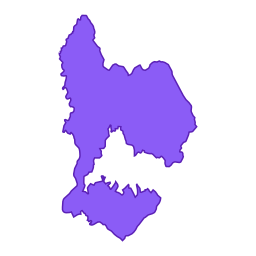 Nghia Dan, Nghệ An, Vietnam (Equal Earth projection)
{"feature_id": "81297802B96353597468260", "entity_name": "Nghia Dan", "entity_type": "district", "adm_level": 2, "iso_a3": "VNM", "parent_name": "Vietnam", "parent_adm1": "Nghệ An", "projection": "equal_earth", "projection_center": [105.406, 19.354], "detail": "fine", "context": "isolated", "style": "filled", "palette": "violet", "viewbox_px": 256, "rotation_deg": 0, "n_neighbors": 0, "source": "geoboundaries", "source_scale": "gbopen_adm2", "svg_char_len": 5750}
<svg xmlns="http://www.w3.org/2000/svg" viewBox="0 0 256 256"><path d="M159.3,61.0L157.0,62.0L154.3,61.7L152.4,62.6L150.1,64.7L149.7,66.4L148.6,68.3L145.2,70.3L143.1,69.8L141.9,68.6L140.1,65.1L139.4,65.2L134.8,67.9L133.6,69.6L131.8,73.5L130.3,74.7L128.3,75.4L128.0,73.4L126.0,70.7L124.0,67.5L123.2,66.7L118.7,65.9L116.0,64.0L114.8,64.1L112.8,65.1L109.3,70.2L108.7,70.2L107.6,69.7L103.6,66.9L103.0,65.9L103.0,63.3L104.0,59.7L101.3,54.7L100.1,51.7L99.7,50.3L100.0,49.1L99.9,48.4L99.6,47.9L97.5,46.4L93.0,40.4L92.9,40.0L94.7,37.8L94.2,36.6L93.9,34.9L94.7,33.2L94.8,31.8L94.3,29.7L93.7,28.3L93.5,26.9L93.0,25.7L92.1,24.3L90.9,22.9L89.6,20.3L88.1,18.8L86.6,15.9L86.1,15.5L82.1,15.4L80.8,17.2L80.5,19.8L80.0,20.0L79.2,19.7L78.4,18.9L77.6,19.3L76.7,24.3L74.5,26.0L73.8,27.0L73.5,31.1L73.3,31.4L72.7,31.6L72.7,32.9L71.4,33.4L71.0,34.4L69.2,35.0L68.6,36.5L68.1,38.2L66.3,39.3L66.1,39.9L66.2,40.4L66.6,41.0L66.6,42.1L65.7,45.3L65.2,45.8L63.3,46.0L62.3,48.0L61.3,48.1L61.5,50.6L61.2,51.0L60.3,51.4L60.6,52.4L60.3,53.2L59.7,53.6L59.3,53.5L59.5,54.9L60.4,56.7L59.9,58.5L59.6,58.9L62.7,62.3L62.7,63.1L61.9,64.3L61.7,65.0L62.0,67.5L62.8,69.2L63.9,70.0L64.1,70.4L64.0,71.0L63.6,71.6L61.0,73.9L61.0,74.7L61.5,75.6L63.8,76.0L65.8,75.7L66.3,75.9L66.4,76.4L66.2,78.6L65.1,82.5L64.8,85.3L64.4,86.0L63.1,87.3L62.7,87.9L62.6,88.6L63.1,89.4L63.5,89.3L64.1,88.2L65.0,87.6L65.6,87.6L66.6,88.8L67.6,91.3L67.8,92.8L66.1,95.8L65.8,96.6L65.9,97.3L66.3,98.2L66.9,98.8L67.8,99.0L69.9,98.1L70.4,98.2L70.8,99.1L70.7,100.6L69.3,103.6L69.4,105.1L70.5,106.7L71.7,106.6L73.2,107.1L74.1,108.0L74.2,108.7L73.9,111.1L72.6,112.6L71.5,112.7L70.6,113.1L70.3,114.0L70.3,116.4L68.7,120.2L67.9,120.6L65.4,119.6L64.7,119.9L64.8,120.8L65.8,122.7L64.0,125.7L62.8,131.8L63.8,132.3L64.3,132.2L65.1,130.6L65.7,130.4L67.7,133.1L70.1,134.1L70.4,133.8L70.8,132.6L71.1,132.5L72.6,134.0L73.7,136.1L74.1,138.0L74.7,139.4L74.9,142.8L75.1,143.7L75.7,144.7L78.7,147.8L79.2,148.7L79.7,150.9L79.9,153.3L80.0,156.0L79.7,157.5L79.2,158.8L77.4,161.0L77.1,162.1L77.2,163.4L74.7,168.5L73.7,174.0L73.9,175.8L75.6,178.5L77.2,183.4L77.3,184.0L77.0,185.8L71.4,190.9L69.5,193.6L64.2,198.4L63.5,199.4L62.9,201.4L62.5,207.1L62.5,209.7L63.1,211.2L63.9,212.0L64.9,212.5L66.2,212.7L69.4,212.5L71.4,212.0L73.7,217.0L77.6,214.6L79.9,214.0L80.8,214.2L80.6,211.6L81.6,210.7L82.2,210.6L84.0,213.1L85.1,213.5L85.9,215.4L87.7,216.1L88.0,218.3L87.4,220.2L88.1,220.2L88.6,221.5L89.6,221.3L90.3,220.7L90.9,220.6L91.4,220.9L91.6,221.4L91.3,222.1L90.9,222.4L90.9,223.2L90.1,223.2L89.8,223.5L89.7,224.2L90.0,224.6L91.5,225.0L92.5,224.9L93.8,224.4L97.7,222.1L99.8,221.9L102.0,223.4L103.1,224.6L104.9,224.5L106.0,225.7L107.4,228.5L108.1,229.2L111.5,231.1L114.4,234.3L117.2,236.5L120.3,238.3L122.5,240.6L124.7,238.4L125.2,236.7L125.7,236.0L126.4,235.7L128.1,235.7L131.9,233.8L133.7,232.2L135.7,229.6L137.3,226.4L139.2,224.3L144.1,217.9L145.3,217.3L148.3,214.9L152.2,213.7L154.1,212.7L154.9,211.9L156.3,209.0L156.5,206.8L156.9,205.9L159.1,203.1L159.7,201.9L160.3,200.3L160.7,197.9L157.6,195.2L157.1,194.2L155.4,191.8L153.1,189.9L151.0,192.7L149.1,190.8L148.6,189.6L147.6,188.7L146.7,189.6L145.1,189.8L145.2,190.7L141.3,192.3L140.4,192.2L139.9,188.4L137.9,185.9L136.9,184.3L136.6,184.5L136.6,185.2L137.5,189.7L137.6,192.9L137.4,194.8L135.2,197.2L133.4,193.3L130.8,188.3L130.1,188.1L129.2,188.2L128.8,187.9L128.8,185.0L128.4,184.6L124.6,188.5L122.6,189.9L123.8,192.1L123.8,192.8L123.1,194.2L122.5,194.8L121.9,194.9L121.5,194.8L119.7,193.3L117.9,192.4L116.8,192.2L115.3,191.2L117.5,187.5L118.0,186.2L117.6,184.4L115.7,181.7L115.4,182.9L112.2,187.6L110.8,189.3L110.4,189.2L110.0,188.9L109.6,187.4L107.8,185.7L110.3,183.2L110.0,182.2L107.3,182.9L105.6,183.8L104.2,182.0L103.8,181.8L103.9,180.6L104.2,179.6L105.2,177.3L104.9,177.2L103.6,178.3L103.3,177.9L103.5,176.4L103.0,176.0L102.0,175.9L101.5,176.1L101.4,176.5L102.6,179.7L102.6,180.7L102.2,181.2L95.5,182.7L94.6,183.9L94.2,185.0L93.6,185.1L90.6,183.7L88.4,186.4L87.5,188.0L88.4,193.6L88.0,193.8L87.5,193.6L85.4,191.8L82.7,191.3L84.5,187.0L84.9,185.4L84.7,184.8L84.1,184.2L83.8,182.4L83.9,177.2L84.1,176.3L87.6,174.5L88.8,172.7L88.9,172.2L91.8,171.9L92.9,169.0L93.3,167.7L93.5,164.8L94.1,164.3L93.6,161.6L93.6,160.1L94.6,157.9L99.5,157.9L100.7,156.9L101.8,155.6L101.1,153.2L101.3,151.1L100.9,150.8L99.8,148.6L103.7,148.4L105.2,146.4L105.3,140.3L106.5,138.6L109.2,135.9L108.7,134.0L108.5,130.8L107.9,129.1L109.1,127.4L110.1,125.2L110.3,125.1L110.9,125.4L111.0,125.8L110.9,126.8L111.0,128.1L111.4,129.3L111.0,131.6L111.4,132.0L112.1,131.7L113.1,130.7L114.9,131.1L115.5,130.2L115.3,128.7L117.8,128.7L118.2,126.5L120.9,126.7L120.6,128.5L120.7,129.5L121.2,130.3L122.1,130.5L122.9,131.2L123.1,133.4L124.2,135.2L125.3,139.3L126.0,141.0L126.4,143.5L128.0,144.4L131.7,145.0L132.7,145.6L133.6,146.7L134.4,150.1L134.4,155.9L134.9,155.7L135.7,155.1L137.4,152.7L138.0,152.3L138.8,152.1L140.3,153.0L140.9,152.8L141.7,151.9L142.5,150.2L144.3,150.8L144.5,152.2L147.6,153.3L150.1,153.7L151.3,153.5L152.9,154.3L155.9,157.4L156.5,157.8L157.0,157.4L159.5,157.8L161.1,156.3L161.7,156.4L163.3,157.9L165.1,160.4L165.2,160.6L165.0,162.8L165.1,163.9L165.9,166.2L166.3,166.5L169.3,166.6L171.3,164.9L172.6,162.9L174.3,162.0L175.2,161.9L179.2,162.5L180.1,162.3L180.8,161.9L182.6,158.5L183.3,156.7L182.9,155.2L182.8,153.4L182.3,152.4L181.5,152.0L179.9,151.9L179.7,151.4L180.1,149.9L181.5,148.1L181.4,147.6L180.9,146.7L180.9,145.7L183.5,142.4L185.5,141.6L186.0,141.1L188.5,134.9L189.1,132.1L191.8,131.8L192.7,131.4L196.7,126.7L195.0,124.5L195.2,122.4L194.4,119.3L194.8,117.6L193.1,115.7L191.4,112.1L191.1,110.8L191.5,106.9L191.2,105.6L189.1,102.8L185.9,99.6L183.2,95.5L172.5,75.3L172.1,73.9L172.0,71.9L171.6,70.7L168.3,64.6L164.8,62.5L162.5,61.8L161.1,61.9L159.3,61.0Z" fill="#8b5cf6" stroke="#5b21b6" stroke-width="1.5"/></svg>